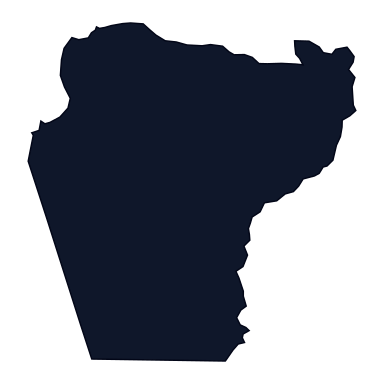 the district of Dierona, Limassol, Cyprus
{"feature_id": "46923920B57390969123914", "entity_name": "Dierona", "entity_type": "district", "adm_level": 2, "iso_a3": "CYP", "parent_name": "Cyprus", "parent_adm1": "Limassol", "projection": "orthographic", "projection_center": [33.106, 34.816], "detail": "fine", "context": "isolated", "style": "filled", "palette": "ink", "viewbox_px": 384, "rotation_deg": 0, "n_neighbors": 0, "source": "geoboundaries", "source_scale": "gbopen_adm2", "svg_char_len": 1396}
<svg xmlns="http://www.w3.org/2000/svg" viewBox="0 0 384 384"><path d="M96.5,26.9L95.3,30.2L91.5,32.7L88.3,37.9L78.8,39.7L71.9,37.6L64.1,48.3L61.5,59.6L60.4,75.4L64.5,87.0L70.3,98.3L68.0,108.1L59.9,117.1L50.0,122.4L44.9,123.8L40.9,121.1L39.1,130.4L32.5,132.6L31.8,132.8L33.3,135.3L28.2,161.2L30.3,167.6L46.7,218.1L80.4,324.0L91.4,357.8L91.8,359.0L225.3,361.0L225.4,360.9L226.6,359.2L232.9,350.1L238.2,344.0L244.5,342.5L242.3,337.8L243.1,334.0L249.1,330.6L245.9,327.5L240.2,324.9L236.6,317.7L240.8,310.1L246.2,306.1L243.3,296.2L243.3,291.2L238.9,278.0L235.9,271.3L243.0,266.5L247.5,255.1L243.9,246.1L249.8,240.2L249.4,234.7L248.4,228.5L250.3,223.2L252.1,217.0L260.1,211.8L264.4,202.8L276.7,200.8L285.2,193.9L293.4,191.6L298.6,186.1L303.1,178.9L314.5,175.9L319.2,173.3L323.1,167.0L327.0,166.0L332.9,160.2L336.4,145.3L340.4,136.6L342.0,127.1L342.2,120.2L349.8,115.8L355.8,110.5L353.3,105.2L352.8,97.8L352.1,86.7L354.9,77.5L348.5,69.5L353.1,62.2L354.1,56.6L349.8,50.7L347.0,47.2L335.8,49.3L331.9,54.3L323.3,52.7L319.2,47.0L309.0,41.2L294.6,40.8L294.9,46.3L295.8,54.1L299.6,58.3L303.0,64.8L295.8,64.1L281.5,63.4L267.4,63.8L259.0,63.6L252.3,57.4L244.4,54.6L234.1,54.8L229.1,51.9L222.6,46.2L210.5,44.6L202.1,45.8L187.0,45.0L176.3,42.0L165.2,40.8L155.9,35.1L149.5,29.6L143.2,23.9L130.6,23.0L122.7,23.6L111.4,25.6L104.8,27.5L99.5,28.4L96.5,26.9Z" fill="#0f172a" stroke="#020617" stroke-width="1.5"/></svg>